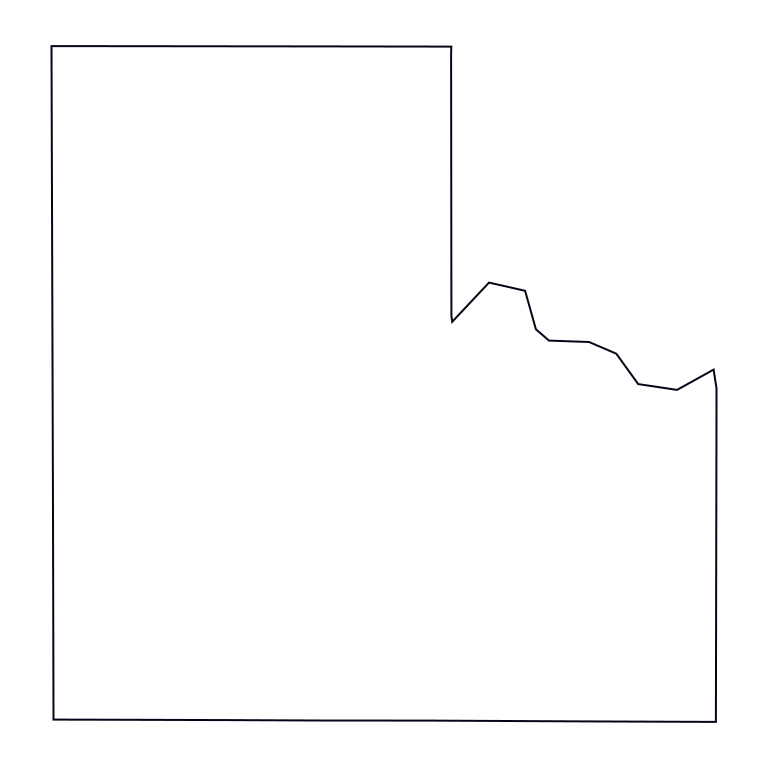 Logan, Oklahoma, United States of America (Mercator projection)
{"feature_id": "52423323B62151411307499", "entity_name": "Logan", "entity_type": "district", "adm_level": 2, "iso_a3": "USA", "parent_name": "United States of America", "parent_adm1": "Oklahoma", "projection": "mercator", "projection_center": [-97.363, 35.945], "detail": "fine", "context": "isolated", "style": "outline", "palette": "ink", "viewbox_px": 768, "rotation_deg": 0, "n_neighbors": 0, "source": "geoboundaries", "source_scale": "gbopen_adm2", "svg_char_len": 441}
<svg xmlns="http://www.w3.org/2000/svg" viewBox="0 0 768 768"><path d="M51.5,46.1L53.0,512.6L53.5,719.6L97.7,719.7L230.2,720.1L252.3,720.2L318.9,720.5L429.4,720.6L584.1,721.4L715.9,721.9L716.5,410.6L716.5,388.4L713.6,369.6L677.0,389.9L638.2,384.1L616.3,353.7L589.0,342.0L549.0,340.6L535.9,329.3L525.1,290.8L489.0,282.6L452.2,321.8L451.4,315.6L451.1,54.7L451.3,46.6L318.5,46.4L51.5,46.1Z" fill="none" stroke="#020617" stroke-width="2"/></svg>